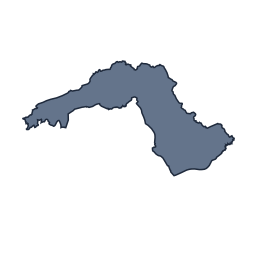 the district of Sam Ngam, Phichit, Thailand, rotated 249°
{"feature_id": "78962969B83024489424242", "entity_name": "Sam Ngam", "entity_type": "district", "adm_level": 2, "iso_a3": "THA", "parent_name": "Thailand", "parent_adm1": "Phichit", "projection": "natural_earth1", "projection_center": [100.162, 16.481], "detail": "fine", "context": "isolated", "style": "filled", "palette": "slate", "viewbox_px": 256, "rotation_deg": 249, "n_neighbors": 0, "source": "geoboundaries", "source_scale": "gbopen_adm2", "svg_char_len": 5904}
<svg xmlns="http://www.w3.org/2000/svg" viewBox="0 0 256 256"><g transform="rotate(249 128 128)"><path d="M174.6,32.7L174.2,33.5L173.9,33.6L172.6,34.9L171.1,34.8L170.8,34.9L170.7,34.7L170.3,34.9L169.9,34.6L168.5,34.4L168.6,35.8L167.9,36.3L167.5,36.1L167.0,35.6L166.3,35.9L165.6,35.6L163.7,33.7L163.4,32.8L162.9,32.9L162.8,33.4L162.3,34.0L162.5,35.3L162.7,35.8L163.6,36.8L163.3,38.0L164.1,39.9L164.3,41.1L161.9,41.2L161.9,42.1L162.8,43.4L162.6,44.5L162.7,45.1L163.3,45.4L164.4,45.1L164.9,45.2L166.9,46.4L167.7,46.4L167.7,46.7L168.0,46.7L167.0,48.1L167.2,50.2L166.7,50.3L164.1,48.8L164.4,49.9L164.1,50.3L164.2,51.1L163.8,52.3L164.9,53.5L165.3,54.1L165.4,54.9L164.9,55.7L163.9,56.1L162.7,55.9L161.4,56.7L161.0,56.6L160.5,55.9L159.8,55.9L158.4,57.0L157.5,58.3L156.3,59.2L156.3,60.0L156.8,61.1L159.0,63.5L159.5,64.3L159.9,65.3L159.8,66.2L158.8,66.5L155.3,66.5L154.0,66.2L152.4,65.6L152.5,66.5L152.3,67.0L151.6,68.7L151.4,68.7L150.6,70.0L156.8,75.1L162.6,77.2L163.9,83.2L164.7,84.9L163.8,93.0L163.6,93.5L163.0,96.7L162.5,96.8L162.3,97.9L161.2,99.0L160.8,102.7L161.4,106.1L161.4,107.4L161.2,109.2L160.9,110.2L159.9,110.0L157.9,111.0L153.5,115.4L153.4,115.8L153.6,116.0L153.4,116.5L153.2,116.6L152.8,116.4L152.6,116.8L152.2,116.7L152.2,117.5L152.4,117.9L152.1,118.7L151.7,119.0L151.8,119.5L151.6,119.8L152.2,121.1L152.2,122.1L151.9,123.8L151.5,124.1L151.6,125.1L151.3,125.4L151.0,126.0L150.5,126.2L149.9,126.8L149.4,127.7L149.6,128.3L149.3,128.9L149.4,129.4L150.0,129.5L150.4,130.7L150.8,131.1L149.5,131.7L149.2,132.3L149.6,133.1L149.0,133.5L149.4,134.2L150.6,134.6L151.4,135.7L151.6,136.9L152.1,137.9L152.8,141.0L153.4,141.6L154.7,142.1L154.9,142.4L154.9,142.9L154.8,143.2L154.8,144.2L154.6,145.4L154.1,146.0L152.9,147.0L152.5,147.0L151.0,146.2L149.1,146.8L148.7,146.4L148.1,144.8L147.9,144.7L147.1,144.9L142.5,146.7L140.1,147.0L137.0,146.4L132.3,146.6L129.5,146.5L125.8,145.9L123.2,147.8L118.8,149.8L114.4,150.8L113.1,150.8L112.0,150.7L109.5,149.9L104.8,147.6L104.2,147.5L103.7,147.8L102.9,147.0L101.2,147.4L100.5,147.0L100.5,145.5L100.8,145.4L100.5,143.6L98.6,143.0L97.5,143.0L96.7,143.7L93.5,144.9L91.6,146.3L91.0,147.0L90.3,148.2L89.5,148.8L87.3,149.9L78.6,151.4L78.1,152.3L75.1,152.2L73.1,152.3L73.0,152.5L71.6,152.2L67.0,153.9L66.9,155.8L67.2,161.5L67.7,167.7L67.5,170.0L67.1,172.1L65.9,175.5L63.5,179.9L62.7,182.2L62.1,184.6L62.2,186.7L62.9,188.6L63.9,190.5L67.5,194.5L67.6,195.2L67.6,198.2L67.7,198.7L68.1,199.5L68.9,200.2L69.9,203.7L70.8,206.4L71.7,206.7L71.8,207.5L72.6,208.3L72.4,208.8L72.7,209.1L72.7,209.9L72.9,210.3L72.7,210.4L72.6,210.8L73.1,211.0L73.3,211.1L73.3,211.4L73.6,211.6L73.5,211.9L73.6,212.1L74.5,212.0L75.4,212.5L75.5,212.2L75.8,212.3L75.8,212.0L76.1,212.1L76.2,212.6L76.5,212.7L76.3,213.1L76.5,213.8L77.0,213.7L76.8,213.9L77.0,214.1L77.0,214.4L76.7,214.5L76.9,214.8L76.8,215.2L77.1,215.4L76.7,215.4L76.8,215.7L76.5,216.5L77.0,216.3L76.8,216.7L76.6,216.7L76.7,216.9L76.5,217.1L76.4,218.0L76.5,218.3L76.3,218.5L76.2,219.1L76.6,218.9L76.4,219.3L77.3,219.3L77.3,219.7L77.8,219.7L77.8,219.9L77.7,220.2L78.8,221.5L78.9,222.4L79.1,222.3L79.3,221.9L79.3,221.6L79.5,221.6L79.5,222.3L79.8,222.7L79.7,223.0L80.0,223.3L80.5,223.3L80.6,222.9L80.9,222.7L81.8,222.5L82.1,222.1L82.6,222.2L82.9,222.1L83.1,222.3L83.5,222.2L83.4,221.2L83.0,219.7L83.3,219.4L83.9,219.2L85.8,219.1L87.0,218.2L90.2,217.1L90.4,217.4L91.8,217.5L93.1,217.2L94.2,216.1L95.3,216.0L96.8,216.6L97.0,216.2L97.6,216.3L98.4,215.9L99.7,213.3L100.0,213.3L99.7,205.3L99.4,202.1L100.3,201.0L100.5,201.3L101.9,200.7L101.9,199.4L103.7,198.3L106.4,198.0L106.6,197.4L107.7,196.8L107.3,196.0L107.5,195.3L108.5,194.6L108.8,193.8L109.4,193.7L110.2,194.1L110.6,193.5L110.7,192.9L111.2,192.5L111.7,192.5L113.2,193.0L113.7,192.8L114.3,193.0L114.9,193.5L115.4,195.3L116.6,196.1L117.4,195.9L119.2,194.9L119.5,192.8L119.0,191.3L120.6,188.2L122.5,187.8L124.0,187.7L125.0,186.7L125.8,186.5L126.5,185.7L128.0,185.0L129.0,185.8L129.7,185.9L130.7,187.1L131.5,187.4L131.8,187.1L132.1,186.1L132.9,184.9L133.6,184.6L137.8,183.6L141.8,183.4L143.0,182.7L143.7,182.6L145.7,183.0L146.9,182.4L147.5,182.6L149.7,184.4L150.4,185.4L150.7,187.2L151.9,189.1L152.4,189.4L152.6,189.4L153.4,189.1L155.8,186.8L157.4,186.4L158.4,185.4L159.9,184.4L160.6,183.7L161.9,184.0L165.6,184.2L169.3,183.8L170.9,183.4L172.5,183.4L173.0,183.2L174.1,181.8L175.8,180.5L175.7,180.1L175.2,180.2L175.1,179.9L175.7,177.8L175.5,176.1L175.0,174.6L175.2,173.8L176.6,173.4L176.7,172.9L176.4,172.3L176.4,171.8L177.0,171.2L177.9,170.8L179.1,170.8L179.4,170.2L180.9,168.8L181.5,167.8L182.7,165.1L183.6,164.2L183.2,163.1L182.7,162.6L182.5,161.9L181.9,161.5L181.7,159.8L181.9,159.1L181.4,158.5L180.0,158.0L180.0,157.4L179.6,157.0L179.4,155.8L179.8,155.4L180.3,154.7L181.3,154.9L182.6,153.9L184.8,152.6L185.3,153.1L185.9,153.2L186.5,152.0L187.7,150.9L187.6,149.2L188.0,148.5L188.3,148.5L188.7,149.1L189.3,149.4L190.3,148.8L191.2,149.1L192.4,147.1L192.5,146.7L191.9,146.1L191.8,145.6L192.8,144.2L192.8,142.4L193.6,142.1L193.9,141.7L193.9,140.8L193.0,138.9L193.1,136.9L192.5,135.4L191.1,134.4L190.4,133.3L189.3,132.5L189.2,132.2L189.9,130.3L190.5,128.1L190.5,126.8L190.9,125.3L190.6,123.7L190.7,122.9L191.1,122.5L192.2,122.7L192.7,122.2L192.3,121.2L191.1,120.1L190.9,119.6L190.9,119.2L191.8,118.5L191.9,118.1L190.9,117.1L190.9,115.7L191.1,115.3L190.2,115.4L190.0,114.0L187.6,110.4L186.8,109.8L185.6,109.5L185.0,109.1L183.9,107.4L183.6,106.1L184.0,100.3L183.0,99.8L182.5,99.1L181.4,96.6L181.1,95.5L181.7,93.5L182.4,89.4L183.6,87.9L183.4,87.8L183.3,87.4L183.3,86.1L183.1,85.6L182.6,85.4L182.2,83.9L181.7,78.3L181.7,72.2L182.5,66.0L182.6,63.6L182.7,61.6L182.4,57.9L182.6,53.0L181.8,50.6L181.4,49.9L180.5,50.0L179.3,50.7L179.1,50.5L178.9,49.6L179.4,48.3L179.1,47.3L179.0,45.3L178.5,45.3L175.8,43.4L175.1,43.1L174.9,42.2L175.2,41.9L175.1,41.0L174.8,40.0L174.0,38.7L174.0,38.1L174.4,37.7L174.2,36.4L174.6,36.3L174.2,34.6L174.5,34.5L174.6,32.7Z" fill="#64748b" stroke="#1e293b" stroke-width="1.5"/></g></svg>